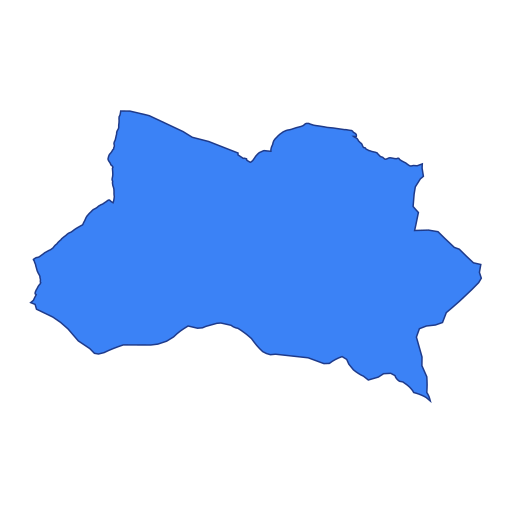 outline of Brebu Nou, Caras-Severin, Romania
{"feature_id": "2599482B82454877199811", "entity_name": "Brebu Nou", "entity_type": "district", "adm_level": 2, "iso_a3": "ROU", "parent_name": "Romania", "parent_adm1": "Caras-Severin", "projection": "natural_earth1", "projection_center": [22.122, 45.233], "detail": "fine", "context": "isolated", "style": "filled", "palette": "blue", "viewbox_px": 512, "rotation_deg": 0, "n_neighbors": 0, "source": "geoboundaries", "source_scale": "gbopen_adm2", "svg_char_len": 5318}
<svg xmlns="http://www.w3.org/2000/svg" viewBox="0 0 512 512"><path d="M430.3,401.0L429.7,398.8L429.0,396.6L428.0,394.5L426.8,392.5L427.0,388.6L427.1,384.7L427.0,380.7L426.8,376.8L421.9,365.7L422.0,357.0L416.4,337.1L419.4,328.7L426.4,326.0L435.4,325.0L442.5,322.5L446.3,312.6L452.9,307.0L459.4,301.3L465.7,295.4L471.9,289.5L478.7,282.6L481.3,278.2L479.4,272.4L480.8,264.5L473.4,262.8L466.5,256.3L459.3,249.2L454.3,247.4L444.9,238.5L438.0,231.7L428.5,230.1L414.6,230.5L415.8,225.1L418.4,212.5L415.6,209.4L413.1,206.5L414.1,194.2L415.3,186.9L420.4,178.8L421.9,177.6L423.4,176.3L422.1,168.2L422.2,165.5L422.3,163.9L417.1,165.8L416.0,165.7L413.5,165.5L412.9,165.6L411.7,165.9L410.7,166.0L409.8,165.8L409.2,165.5L408.3,164.9L407.2,164.1L405.8,163.0L403.6,161.9L401.4,160.7L400.5,160.1L399.6,159.5L399.1,158.7L398.7,158.3L398.2,158.3L397.9,158.2L397.5,158.4L397.0,158.6L396.1,158.7L394.8,158.6L392.2,158.1L390.4,157.8L389.6,157.8L388.7,158.0L387.7,158.5L386.2,159.1L385.3,159.2L384.9,159.1L383.9,158.4L382.7,157.3L381.8,157.0L380.9,156.7L380.4,156.5L378.9,155.0L377.5,153.5L377.1,152.9L375.5,152.3L372.4,151.6L371.6,151.4L370.0,150.8L369.3,150.6L368.6,150.5L368.0,150.0L367.1,149.6L366.3,149.3L365.8,148.7L365.4,148.0L364.7,147.7L364.0,147.7L363.5,147.4L363.0,146.8L362.5,145.7L361.9,144.2L361.3,143.4L360.5,142.9L359.5,141.9L358.5,140.9L357.9,139.7L357.0,138.5L355.4,137.5L354.4,137.0L353.6,136.4L354.1,136.4L355.1,136.7L355.7,136.7L356.3,136.4L356.4,135.7L356.3,134.8L355.9,134.0L355.1,133.3L353.4,132.3L352.5,131.1L351.5,130.5L349.7,130.3L345.7,129.6L345.0,129.7L339.4,128.9L333.4,128.0L327.1,127.4L324.6,126.9L320.9,126.3L319.8,126.1L316.1,125.6L313.7,125.2L310.3,124.1L308.6,123.4L306.5,123.4L305.3,123.8L304.3,124.7L303.0,125.7L300.9,126.5L296.2,127.7L292.9,128.8L291.8,129.2L289.9,129.7L287.5,130.1L285.9,130.6L283.1,131.9L281.6,133.0L279.9,134.2L278.1,135.8L276.8,137.2L275.1,138.9L273.7,140.9L273.0,142.9L272.7,144.4L271.6,146.8L271.2,148.1L270.9,149.7L270.9,150.8L271.0,151.2L270.8,151.3L266.8,150.9L264.2,150.6L263.3,150.8L261.8,151.5L259.3,152.6L257.7,154.0L255.7,156.2L254.6,157.9L252.7,160.6L251.1,161.9L250.3,162.3L249.2,161.7L248.0,161.0L246.8,160.2L246.5,158.8L244.3,158.2L243.2,158.4L242.1,157.6L238.0,154.9L238.0,153.0L224.7,147.8L208.7,141.5L192.3,137.3L183.1,131.6L167.2,124.1L149.3,115.7L146.6,115.0L130.0,111.1L120.7,111.0L120.5,112.5L120.1,114.7L119.5,116.1L119.1,116.8L119.0,118.9L119.1,120.6L119.0,122.8L118.7,125.1L118.7,127.6L118.4,128.6L118.3,128.9L117.2,130.8L116.7,132.2L116.6,134.2L116.2,135.6L115.6,138.4L115.1,140.4L114.5,141.4L114.0,143.1L114.0,144.0L114.3,145.1L114.3,146.4L113.7,148.0L113.6,149.1L112.7,149.9L112.0,151.2L111.5,152.0L110.8,152.9L109.9,153.9L109.4,154.5L108.7,156.1L108.3,157.6L108.0,159.0L108.3,160.1L108.9,161.2L110.0,162.8L110.6,164.0L110.8,164.8L111.8,165.5L112.3,166.2L112.5,166.4L112.9,167.1L112.8,167.3L112.8,167.6L112.4,168.4L112.7,171.7L112.8,174.6L112.6,176.5L112.2,178.3L112.1,179.4L112.1,179.9L112.5,180.8L112.7,181.8L112.6,182.1L112.5,182.3L112.5,183.3L112.7,184.6L112.9,185.8L113.3,186.8L113.7,188.2L113.9,189.3L114.0,191.3L114.0,194.0L114.1,195.2L114.3,196.5L114.2,197.5L113.9,199.6L113.5,201.4L113.3,202.0L113.0,202.7L112.9,202.6L111.3,201.7L110.1,200.6L109.6,200.1L109.2,200.0L108.9,200.0L108.5,200.1L107.8,200.4L105.7,202.0L105.0,202.4L104.2,203.0L103.5,203.4L102.6,204.1L101.0,204.7L100.0,205.3L98.7,206.0L97.0,207.5L95.4,208.5L93.2,209.6L92.1,210.6L91.1,211.7L89.6,213.1L89.2,213.5L87.1,215.9L86.1,217.5L84.6,220.9L83.9,222.1L83.7,222.5L82.7,224.7L82.3,225.0L81.5,225.4L78.3,227.2L76.4,228.3L74.3,229.7L72.5,231.1L71.1,232.1L69.2,232.9L68.4,233.3L67.2,234.2L65.8,235.5L64.0,236.8L61.5,238.9L61.1,239.6L59.7,240.8L58.4,242.0L57.6,242.9L57.0,243.7L56.6,244.1L55.3,245.1L54.0,246.6L53.5,247.3L52.8,248.1L51.8,248.8L50.6,249.7L49.2,250.3L48.2,250.8L45.0,252.6L44.9,252.6L43.0,254.1L42.0,254.8L39.4,256.7L38.4,257.2L37.0,257.5L36.2,257.6L34.7,258.5L33.4,259.4L33.6,260.1L34.1,260.6L34.7,262.5L35.5,264.4L35.7,265.4L35.9,266.3L36.3,267.6L37.2,270.9L37.8,272.1L38.0,272.7L39.2,274.8L39.9,276.3L40.0,277.8L40.4,279.2L40.4,280.3L40.3,282.0L40.5,282.4L40.7,282.6L40.6,282.9L40.6,283.0L40.1,283.9L40.0,284.1L38.9,285.3L38.0,286.7L36.9,288.9L36.4,289.6L35.8,290.9L35.2,292.4L35.1,293.8L36.2,294.6L35.7,295.7L34.8,297.3L33.4,300.3L30.7,302.6L35.1,304.4L36.5,309.2L52.7,317.0L60.6,322.4L68.0,328.9L78.3,340.9L89.8,348.6L94.4,353.3L98.5,354.0L104.1,352.6L108.8,350.4L113.6,348.4L118.4,346.6L123.3,344.9L150.7,345.0L157.9,344.1L166.6,341.2L173.6,336.9L176.9,333.8L180.4,331.0L184.2,328.4L188.1,326.0L197.5,328.2L202.5,327.8L205.8,326.4L216.9,323.3L220.9,323.0L231.1,325.3L232.6,326.4L234.2,327.2L236.0,327.9L237.9,328.3L241.0,330.3L243.8,332.3L246.5,334.3L249.0,336.4L251.5,338.6L254.0,342.0L256.7,345.4L259.6,348.6L262.7,351.6L266.4,353.5L270.4,354.7L275.5,354.2L308.2,357.8L323.9,363.6L329.4,363.4L332.3,361.3L335.4,359.5L338.7,357.9L342.1,356.6L346.7,359.4L348.8,364.1L353.4,369.8L355.7,371.6L358.2,373.3L360.8,374.9L363.5,376.2L368.3,380.0L378.3,377.1L383.6,373.7L390.7,373.3L395.0,375.6L395.5,377.0L396.3,378.3L397.3,379.5L398.5,380.6L399.6,381.3L402.8,381.9L406.9,384.8L408.0,385.7L409.7,387.2L411.2,388.9L412.6,390.6L413.7,392.5L416.5,393.3L419.2,394.2L421.9,395.3L424.4,396.5L426.3,397.6L430.3,401.0Z" fill="#3b82f6" stroke="#1e3a8a" stroke-width="1.5"/></svg>